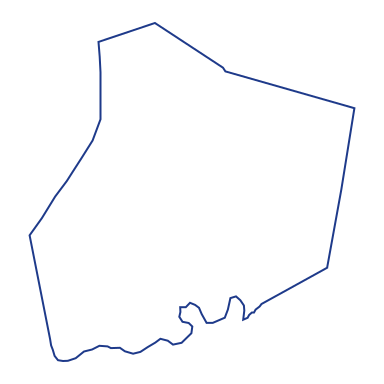 R'Kiz, Trarza, Mauritania
{"feature_id": "47542326B92400580164100", "entity_name": "R'Kiz", "entity_type": "district", "adm_level": 2, "iso_a3": "MRT", "parent_name": "Mauritania", "parent_adm1": "Trarza", "projection": "mercator", "projection_center": [-15.137, 16.952], "detail": "fine", "context": "isolated", "style": "outline", "palette": "blue", "viewbox_px": 384, "rotation_deg": 0, "n_neighbors": 0, "source": "geoboundaries", "source_scale": "gbopen_adm2", "svg_char_len": 953}
<svg xmlns="http://www.w3.org/2000/svg" viewBox="0 0 384 384"><path d="M327.2,267.3L341.3,189.7L354.4,108.2L225.4,71.4L223.0,67.7L154.9,23.0L98.5,41.9L99.7,56.8L100.5,72.3L100.5,119.3L92.6,140.5L81.4,158.3L72.5,172.1L66.9,180.9L55.2,196.5L41.9,218.1L29.6,235.3L50.1,339.2L51.1,345.4L52.8,349.8L54.6,355.9L58.0,360.2L63.0,361.0L67.9,360.8L75.7,358.2L84.0,351.5L92.1,349.5L99.4,345.8L107.6,346.4L110.9,348.1L119.9,347.8L124.9,351.3L133.1,353.7L140.4,351.9L147.7,347.1L155.3,342.6L160.4,338.8L167.8,340.7L173.0,344.6L181.6,342.8L191.4,333.2L192.3,326.5L188.7,323.0L182.5,321.8L179.3,316.8L180.4,312.0L180.2,307.2L185.8,307.2L190.0,302.8L195.1,304.9L199.0,307.8L201.7,314.1L206.6,322.9L212.7,322.9L224.8,317.7L227.9,309.5L230.4,298.1L236.0,296.4L240.3,300.2L243.9,305.5L244.3,310.6L243.2,319.7L247.6,317.8L249.1,315.0L251.9,312.5L254.0,312.5L255.6,309.6L259.6,306.5L261.5,304.0L327.2,267.7L327.2,267.3Z" fill="none" stroke="#1e3a8a" stroke-width="2"/></svg>